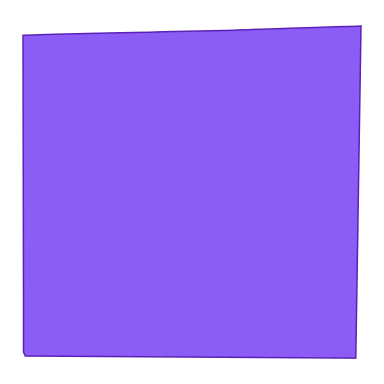 outline of Scotland, Missouri, United States of America
{"feature_id": "52423323B89706896285747", "entity_name": "Scotland", "entity_type": "district", "adm_level": 2, "iso_a3": "USA", "parent_name": "United States of America", "parent_adm1": "Missouri", "projection": "equal_earth", "projection_center": [-92.17, 40.453], "detail": "fine", "context": "isolated", "style": "filled", "palette": "violet", "viewbox_px": 384, "rotation_deg": 0, "n_neighbors": 0, "source": "geoboundaries", "source_scale": "gbopen_adm2", "svg_char_len": 413}
<svg xmlns="http://www.w3.org/2000/svg" viewBox="0 0 384 384"><path d="M23.0,35.3L23.5,308.3L23.5,352.0L25.3,356.0L355.8,358.1L361.0,25.9L357.2,26.3L337.9,26.7L314.9,27.5L289.2,28.3L257.5,29.4L256.2,29.3L245.6,29.9L244.9,29.8L236.8,30.0L233.9,30.3L164.8,31.7L151.2,32.2L146.7,32.3L133.5,32.5L117.8,32.8L66.2,34.0L39.3,34.7L39.1,34.8L23.1,35.3L23.0,35.3Z" fill="#8b5cf6" stroke="#5b21b6" stroke-width="1.5"/></svg>